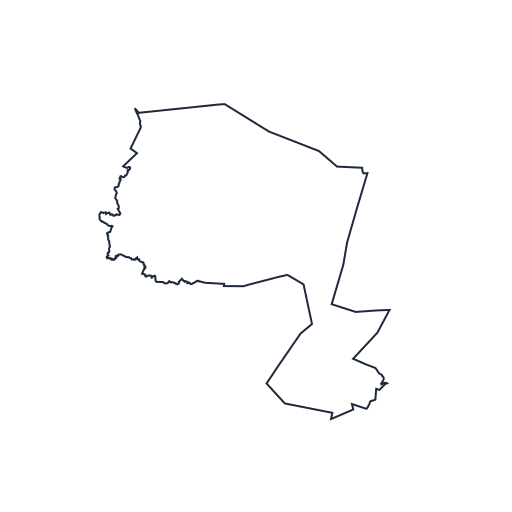 outline of San Francisco del Oro, Chihuahua, Mexico, rotated 245°
{"feature_id": "50627088B76739028658170", "entity_name": "San Francisco del Oro", "entity_type": "district", "adm_level": 2, "iso_a3": "MEX", "parent_name": "Mexico", "parent_adm1": "Chihuahua", "projection": "orthographic", "projection_center": [-105.915, 26.89], "detail": "fine", "context": "isolated", "style": "outline", "palette": "slate", "viewbox_px": 512, "rotation_deg": 245, "n_neighbors": 0, "source": "geoboundaries", "source_scale": "gbopen_adm2", "svg_char_len": 5966}
<svg xmlns="http://www.w3.org/2000/svg" viewBox="0 0 512 512"><g transform="rotate(245 256 256)"><path d="M288.0,145.3L287.6,146.4L286.7,146.7L286.6,146.8L286.3,147.4L286.2,147.7L286.1,147.8L284.8,147.2L284.2,147.2L284.0,147.3L283.8,147.6L283.7,147.8L283.7,148.0L283.9,148.9L283.8,150.2L283.6,150.5L283.4,151.0L283.0,151.4L282.9,151.5L282.8,152.3L282.7,152.5L281.8,152.5L281.2,152.5L280.8,152.3L280.4,152.3L280.4,152.7L280.7,153.1L280.9,153.4L281.0,153.5L281.3,154.1L281.2,154.5L280.9,155.0L280.7,155.3L280.9,155.8L280.8,156.1L280.3,156.2L278.7,155.4L277.3,155.1L277.2,155.0L276.6,154.8L276.4,154.6L275.1,154.6L274.6,154.9L271.6,160.9L270.2,161.3L269.6,162.1L269.4,162.3L269.2,162.6L269.2,163.1L269.0,163.5L269.0,165.1L269.1,165.5L269.6,166.3L269.8,166.4L269.9,166.6L269.8,166.9L269.3,167.1L268.5,167.2L268.3,167.4L268.0,167.9L268.0,168.3L267.8,169.0L267.1,169.7L266.7,170.1L265.6,171.1L265.6,171.4L265.0,171.9L264.2,171.8L263.8,172.4L263.7,172.6L263.7,173.0L263.7,174.3L263.8,174.6L264.7,175.2L265.1,175.1L266.4,178.5L266.7,179.2L265.4,179.3L264.9,179.7L264.4,179.7L263.9,179.9L263.3,181.1L263.1,181.2L262.7,180.9L262.4,181.9L262.0,182.6L261.4,183.0L260.8,182.7L260.7,182.9L260.3,182.4L260.1,182.7L259.7,184.2L259.8,184.4L259.5,184.6L259.1,184.5L258.6,184.7L258.1,185.2L257.8,185.8L257.7,186.5L258.0,187.7L257.9,188.3L257.8,188.9L257.9,189.1L258.0,189.4L258.1,189.6L258.0,189.8L258.1,190.7L258.4,191.8L258.0,193.1L257.7,193.1L257.4,193.0L257.2,193.1L257.0,194.1L256.9,194.4L256.5,194.5L253.1,198.8L244.2,215.4L242.3,214.2L233.9,231.9L233.1,237.2L227.5,267.8L225.6,276.5L210.2,287.1L170.7,278.0L166.9,263.6L147.3,230.3L136.0,211.7L110.2,219.8L81.6,258.9L76.5,255.1L75.8,279.3L81.3,280.4L71.1,291.2L70.9,291.9L71.8,293.4L73.1,295.1L74.4,296.7L75.6,297.7L76.0,298.5L75.5,301.5L75.4,303.5L84.8,308.8L82.5,311.2L85.0,318.1L85.4,318.4L85.3,320.8L86.3,320.0L86.8,318.7L86.9,317.1L86.7,316.0L86.7,315.4L87.6,315.6L87.8,316.3L89.8,319.1L90.7,319.8L91.9,320.3L93.5,319.9L93.9,319.6L94.8,319.9L97.6,318.0L104.0,316.9L111.7,309.5L121.8,300.6L135.2,333.6L150.7,354.2L151.2,353.0L153.5,347.5L155.4,343.0L163.2,322.7L180.3,304.2L210.9,331.2L229.9,344.4L257.0,368.0L284.0,392.0L285.5,388.3L288.0,388.4L288.9,388.6L290.0,389.1L291.1,389.5L302.8,367.2L324.4,357.5L363.2,320.4L406.9,291.8L409.0,286.4L435.3,210.3L441.1,208.6L436.0,208.4L432.5,208.6L431.1,208.3L430.2,208.3L428.4,208.2L427.4,208.1L426.8,208.1L425.9,207.1L425.4,206.8L423.4,206.5L423.0,206.6L421.1,205.8L406.4,187.7L399.5,191.6L396.3,182.0L393.4,173.5L392.0,174.6L391.0,175.6L390.5,176.2L390.4,176.6L390.3,176.9L390.5,178.1L390.4,178.4L390.3,178.7L389.8,179.2L389.2,179.2L388.5,178.8L388.2,178.5L388.0,178.2L387.6,177.5L387.6,177.2L387.7,176.8L388.1,176.4L387.9,175.9L387.8,175.7L387.6,175.6L386.3,175.3L386.0,175.2L385.1,173.9L384.3,173.1L384.1,172.7L384.0,172.4L383.9,172.2L384.2,171.8L384.3,171.5L384.2,171.3L383.6,170.6L383.3,169.9L383.3,169.6L383.5,169.2L384.0,168.4L384.8,167.8L385.4,167.5L385.6,167.0L385.6,166.9L385.4,166.6L385.0,166.4L384.6,166.0L384.4,165.8L384.2,165.7L383.9,165.0L383.8,164.9L383.6,165.0L383.4,165.5L383.1,165.9L382.7,165.9L382.3,165.6L381.7,164.7L381.1,164.1L381.0,163.8L380.8,163.6L380.3,163.3L379.8,163.0L379.5,162.7L379.3,161.9L379.1,161.7L378.0,161.5L377.9,161.4L377.4,160.6L377.0,159.7L377.0,159.4L377.1,159.2L377.5,158.7L377.7,157.3L377.6,156.9L376.9,156.3L376.5,156.1L375.8,156.0L375.3,156.2L373.0,156.6L372.6,156.6L372.1,156.5L371.6,156.1L371.3,155.7L370.7,155.0L368.0,152.8L366.4,153.2L364.4,153.4L362.6,152.5L362.3,152.5L360.9,152.7L359.7,152.7L358.8,152.5L357.4,151.9L357.2,150.6L351.9,151.1L351.5,150.5L351.4,149.9L350.9,149.6L350.9,149.4L351.6,149.0L352.1,147.6L352.6,147.3L352.8,147.1L352.8,146.8L352.6,146.5L352.3,146.3L352.2,146.0L352.5,145.2L352.6,143.9L353.9,143.4L354.3,143.5L354.8,142.9L354.6,142.1L354.8,141.5L355.2,141.3L355.6,141.5L356.1,141.4L357.1,141.5L357.5,141.2L357.5,140.1L357.5,138.2L358.1,138.7L358.7,138.6L359.2,138.0L359.4,136.7L359.4,135.9L360.1,135.7L360.5,134.7L361.0,134.3L361.3,133.8L359.8,131.8L358.5,130.9L357.3,130.8L356.1,130.0L354.8,129.9L353.8,130.3L353.0,130.8L352.4,130.7L352.0,130.9L351.9,131.6L351.2,132.3L350.4,132.4L349.9,132.6L348.9,133.8L348.2,134.3L346.5,134.7L345.7,135.4L345.0,136.2L344.6,137.0L344.3,138.0L344.0,138.4L343.4,138.4L343.3,137.9L343.0,137.2L341.9,136.4L339.5,134.0L339.6,133.1L339.9,132.2L339.4,131.4L339.6,130.7L338.3,130.3L337.3,130.8L336.6,130.1L336.0,130.2L334.8,129.7L334.5,129.4L333.4,129.0L332.8,129.0L332.2,129.2L331.5,129.3L330.4,128.6L329.5,128.5L327.4,127.8L326.4,127.8L325.5,126.6L324.5,125.7L322.0,125.0L321.6,124.5L321.7,123.4L321.2,122.7L320.4,122.8L320.0,122.3L318.8,122.4L318.8,121.6L318.5,120.9L318.4,120.4L317.2,120.0L316.9,120.1L317.0,120.5L317.0,121.0L316.6,121.3L316.4,121.7L315.8,122.0L315.9,122.7L315.2,122.8L314.9,123.3L314.8,123.9L314.7,124.0L314.4,124.0L314.2,123.9L314.0,123.6L313.8,123.6L313.7,123.6L313.3,123.8L313.4,124.2L313.5,124.4L313.7,124.6L313.7,124.9L313.1,125.1L312.7,125.6L312.5,125.9L312.6,126.1L313.1,126.8L313.5,127.1L313.2,127.4L313.1,127.7L313.4,128.5L313.5,128.9L313.9,129.1L315.0,128.7L315.3,129.0L315.0,129.8L314.5,130.9L314.5,131.2L314.6,131.3L315.2,131.4L315.4,131.5L315.3,132.2L315.0,133.1L314.4,134.4L314.0,134.9L312.8,135.4L312.2,136.2L311.2,137.1L310.2,137.4L310.0,137.7L308.5,140.5L307.8,140.6L307.2,141.2L306.7,141.9L306.3,142.0L305.5,141.9L305.2,142.0L304.8,143.7L304.1,143.9L303.7,144.9L303.8,145.3L304.2,145.6L304.7,146.3L304.9,147.6L304.0,147.1L303.5,147.1L303.1,147.2L302.8,147.4L302.6,147.8L302.8,148.3L302.7,148.5L302.4,148.6L302.2,148.6L301.9,148.4L301.6,148.2L301.4,148.2L301.2,148.2L299.9,148.9L298.7,150.0L297.7,151.2L297.4,151.2L296.5,150.7L296.1,150.8L295.6,151.1L295.4,151.1L295.1,150.9L294.7,150.5L294.1,150.8L293.7,151.3L293.4,151.2L293.2,151.0L293.2,150.5L293.0,150.4L292.7,150.5L292.3,150.8L291.8,150.6L291.8,149.9L291.9,149.3L291.5,149.1L291.1,149.0L290.6,148.0L289.2,146.4L288.0,145.3Z" fill="none" stroke="#1e293b" stroke-width="2"/></g></svg>